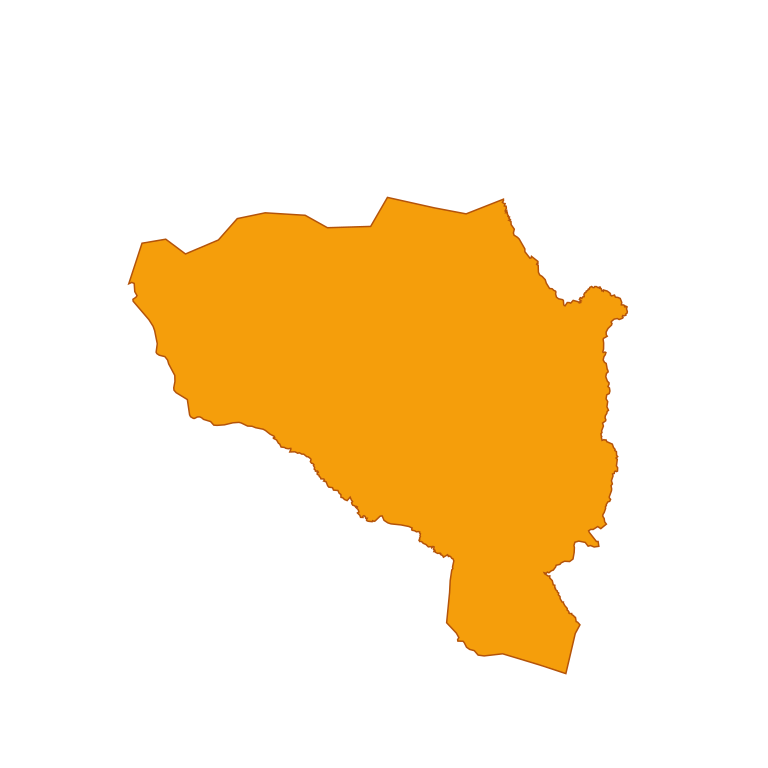 Tempane, Upper East, Ghana (orthographic projection), rotated 112°
{"feature_id": "2480657B5704764806917", "entity_name": "Tempane", "entity_type": "district", "adm_level": 2, "iso_a3": "GHA", "parent_name": "Ghana", "parent_adm1": "Upper East", "projection": "orthographic", "projection_center": [-0.066, 10.901], "detail": "fine", "context": "isolated", "style": "filled", "palette": "amber", "viewbox_px": 768, "rotation_deg": 112, "n_neighbors": 0, "source": "geoboundaries", "source_scale": "gbopen_adm2", "svg_char_len": 6171}
<svg xmlns="http://www.w3.org/2000/svg" viewBox="0 0 768 768"><g transform="rotate(112 384 384)"><path d="M386.7,658.2L384.3,655.9L384.3,653.3L391.7,649.7L394.6,646.1L396.5,646.5L399.5,648.5L401.2,647.6L412.4,626.1L417.0,619.7L420.5,616.6L431.6,609.3L439.9,607.2L440.9,606.0L441.5,603.2L440.7,597.4L442.9,593.6L446.0,591.2L454.4,581.2L459.9,578.8L466.3,577.5L468.4,576.4L469.9,573.5L472.1,560.5L485.4,552.7L486.8,551.1L487.3,547.9L486.9,546.8L484.4,544.6L483.5,542.5L483.6,540.5L484.4,538.1L483.8,530.7L485.9,526.4L484.9,523.3L481.6,516.6L476.6,509.6L473.9,504.1L473.6,501.8L474.1,494.8L472.6,490.5L472.6,486.7L471.2,479.1L471.5,476.5L473.2,470.8L473.6,466.3L474.5,465.4L475.3,466.4L475.8,466.2L476.1,462.7L478.5,459.6L478.7,458.2L481.0,455.8L480.1,452.5L480.4,451.0L479.9,448.5L478.6,446.3L479.2,445.9L482.3,445.9L480.2,441.1L480.5,438.0L479.5,436.8L479.8,433.9L479.1,432.2L480.3,428.4L479.9,427.1L480.7,424.1L481.5,423.3L483.6,423.2L484.6,421.5L484.4,420.4L485.0,418.8L486.0,418.9L487.4,417.1L489.1,416.8L489.4,415.6L490.5,414.9L489.6,413.2L489.8,412.5L490.6,411.8L491.1,412.8L492.8,412.0L492.9,410.1L494.1,409.3L494.4,407.9L495.6,407.0L494.6,404.2L495.4,403.2L496.6,403.6L496.4,401.0L499.4,398.2L500.3,396.6L499.4,392.9L501.3,391.1L500.0,386.8L502.1,384.6L502.6,382.6L505.2,381.4L504.9,379.7L505.9,377.4L505.9,374.5L501.6,373.0L503.8,370.8L504.8,369.1L506.2,369.6L507.5,368.5L508.1,367.5L507.9,365.5L508.8,364.2L507.8,363.7L508.0,362.6L509.4,362.8L510.1,361.0L512.0,359.3L513.5,360.3L514.8,357.2L516.4,355.8L515.6,353.5L514.7,354.1L513.6,353.3L513.9,351.8L515.3,350.6L514.8,349.3L516.3,349.4L517.1,349.0L517.2,347.3L516.1,343.4L515.0,343.3L515.1,341.8L514.3,340.9L508.0,338.1L507.0,336.3L510.4,332.9L511.3,328.5L511.1,325.2L508.3,315.5L506.8,307.5L507.0,304.0L508.2,304.0L509.1,303.2L508.6,300.7L508.9,298.5L507.9,296.8L507.8,295.5L508.8,295.2L509.2,294.1L511.1,293.8L511.8,293.1L513.6,293.3L514.4,292.7L515.7,293.1L516.7,291.8L516.1,290.9L516.4,288.8L517.0,288.2L517.1,284.9L518.4,281.9L517.1,279.4L518.1,278.3L516.3,277.8L516.3,276.5L518.8,276.1L518.8,275.1L520.5,275.0L519.8,274.0L520.7,273.6L521.0,270.9L519.8,268.5L519.9,267.9L520.9,267.8L521.1,265.4L522.3,264.0L518.5,261.1L519.3,260.3L519.0,259.8L519.7,259.5L519.0,258.3L519.4,257.0L520.3,255.8L520.1,254.8L521.8,253.0L528.1,251.9L529.4,251.0L531.0,251.5L541.4,249.0L552.7,245.1L581.9,236.5L587.8,223.7L591.1,219.6L593.5,220.0L594.7,219.2L592.9,214.4L593.6,212.9L597.1,208.9L598.0,205.2L597.4,200.4L600.1,195.2L598.6,189.3L589.7,172.9L586.2,134.3L584.4,106.9L543.7,113.2L533.9,112.1L532.3,115.3L532.3,116.8L528.6,119.1L528.7,120.0L527.8,121.4L527.4,123.6L526.5,124.0L527.3,126.0L527.0,126.9L526.3,126.9L525.1,128.6L525.0,129.5L523.4,130.1L521.8,133.3L519.6,135.9L519.0,136.0L519.4,137.3L517.0,140.3L515.1,141.2L514.1,143.4L512.4,143.7L512.0,145.3L511.0,145.8L510.5,147.4L509.8,148.5L509.1,148.5L508.9,149.4L506.6,150.2L506.8,151.8L503.3,154.3L501.7,157.7L499.8,158.4L500.6,159.7L499.7,164.0L499.0,164.8L498.7,162.6L497.2,162.1L497.3,160.4L494.4,158.8L493.1,157.3L489.2,156.3L487.6,156.5L485.3,153.3L483.4,152.7L480.7,150.2L479.1,145.4L475.5,143.2L468.9,144.6L464.3,146.2L462.6,147.4L459.2,147.7L456.7,144.6L455.5,138.1L457.9,134.0L456.4,132.0L456.4,128.1L454.0,124.0L449.8,126.5L450.4,128.1L444.8,137.9L443.5,139.3L441.4,137.9L440.5,135.6L436.1,132.4L436.9,128.8L430.6,125.3L429.1,127.8L426.2,129.5L424.6,131.7L422.9,132.1L420.6,131.7L416.4,131.9L414.9,132.7L413.3,132.3L412.5,132.8L409.3,132.2L408.3,130.8L406.1,130.7L405.1,132.5L404.2,132.9L397.8,133.1L396.0,133.6L393.2,135.4L391.1,134.8L388.5,136.9L383.5,137.2L381.8,138.4L380.7,137.0L379.1,137.4L378.1,137.0L378.1,135.6L377.3,134.9L374.1,136.0L372.9,137.8L366.4,139.5L365.7,141.1L363.8,140.1L363.0,141.6L359.6,143.2L359.2,145.1L358.0,145.3L356.9,147.4L354.2,149.8L354.0,155.8L352.6,157.3L353.2,158.0L353.2,159.2L354.6,160.7L352.0,162.5L351.0,162.5L350.8,163.1L348.8,164.2L347.4,163.7L345.9,164.7L340.8,164.8L338.4,166.7L335.1,164.7L333.9,165.0L332.7,166.3L330.5,166.9L327.9,166.4L325.8,166.8L324.3,166.0L321.6,168.8L316.5,170.0L314.6,172.5L311.3,173.3L310.6,173.4L308.5,171.6L305.9,171.9L303.2,173.5L302.5,175.4L299.8,175.3L298.6,175.8L297.7,177.9L294.2,181.1L290.9,181.7L288.8,180.7L287.3,181.7L286.8,182.5L281.7,185.7L281.3,187.7L279.6,189.8L276.2,190.3L274.0,189.8L271.7,190.0L271.6,191.1L272.7,192.6L272.2,193.2L269.4,193.5L263.7,195.7L260.4,197.6L259.4,197.5L256.1,194.9L255.1,196.4L252.6,197.5L248.6,197.1L244.1,195.1L242.4,195.3L241.9,196.3L240.9,196.6L237.6,194.9L235.9,192.2L236.1,190.1L233.9,187.7L233.0,187.2L232.2,188.3L231.1,188.3L231.0,187.2L229.6,185.5L228.5,186.0L227.2,185.2L225.7,185.5L223.5,187.3L221.4,187.5L221.2,188.2L222.3,189.4L222.2,189.9L221.2,189.9L221.0,191.5L221.7,193.6L219.3,194.1L216.2,197.0L216.1,199.6L216.8,202.0L215.2,203.6L217.1,206.1L216.6,207.5L215.8,207.6L215.0,208.7L214.2,211.9L214.6,215.6L215.8,215.4L215.5,216.4L216.0,216.8L214.2,218.4L214.5,219.8L213.5,219.6L213.1,220.1L214.5,221.8L214.1,223.4L214.7,225.1L215.9,225.4L216.3,226.4L215.8,228.0L217.4,229.4L219.0,229.2L219.4,230.1L220.9,230.2L222.2,231.3L223.4,231.1L224.3,232.0L226.0,232.2L228.0,231.1L228.9,232.4L230.5,232.7L230.3,234.1L230.6,234.4L232.5,234.5L233.1,232.3L234.1,233.2L234.8,232.2L235.7,233.4L235.0,234.9L235.6,239.9L239.1,241.2L239.1,242.8L239.8,244.6L243.7,245.4L243.7,246.3L242.9,247.2L239.3,249.0L238.9,250.0L239.6,254.1L238.9,256.6L236.3,258.6L234.3,259.1L233.6,259.8L233.6,261.6L232.7,263.8L233.4,266.3L229.7,271.3L226.9,273.6L225.1,277.4L224.5,280.6L222.5,282.7L216.2,285.5L215.9,287.3L214.6,287.2L214.5,286.5L212.7,287.2L210.4,295.1L212.0,294.9L212.7,295.8L208.5,303.0L206.0,304.0L198.9,313.0L198.0,315.2L197.3,319.2L195.5,320.6L191.6,321.2L188.6,325.8L185.7,327.2L185.4,329.5L184.3,328.5L183.4,330.4L182.2,330.2L182.2,331.8L181.3,331.8L180.7,332.9L179.1,333.8L179.5,335.1L178.3,334.5L177.3,335.1L178.4,335.7L178.2,336.5L175.1,336.4L173.4,337.4L173.8,339.1L171.4,339.3L171.7,340.4L171.2,342.3L169.2,341.9L167.9,342.5L195.5,371.6L201.8,403.2L209.7,450.7L242.9,455.4L260.3,495.0L257.1,520.3L269.8,558.3L285.6,582.0L312.5,591.5L337.8,616.8L331.5,640.6L344.1,661.1L386.7,658.2Z" fill="#f59e0b" stroke="#b45309" stroke-width="1.5"/></g></svg>